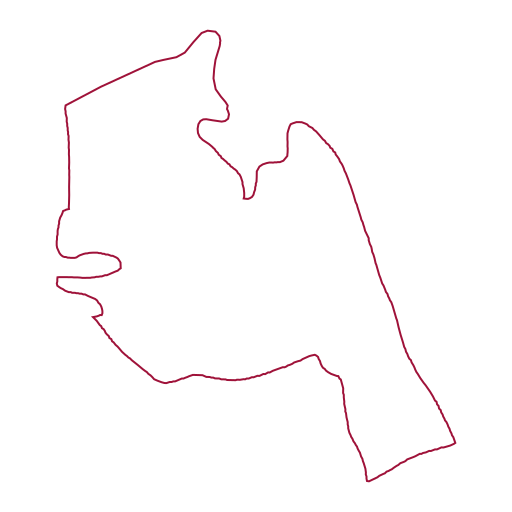 the district of Cidade De Xai-Xai, Gaza, Mozambique
{"feature_id": "85939544B37239521731461", "entity_name": "Cidade De Xai-Xai", "entity_type": "district", "adm_level": 2, "iso_a3": "MOZ", "parent_name": "Mozambique", "parent_adm1": "Gaza", "projection": "equal_earth", "projection_center": [33.662, -25.05], "detail": "fine", "context": "isolated", "style": "outline", "palette": "rose", "viewbox_px": 512, "rotation_deg": 0, "n_neighbors": 0, "source": "geoboundaries", "source_scale": "gbopen_adm2", "svg_char_len": 6000}
<svg xmlns="http://www.w3.org/2000/svg" viewBox="0 0 512 512"><path d="M155.0,61.9L101.0,86.7L65.6,105.4L65.1,109.0L65.6,111.3L65.6,113.6L66.8,118.0L66.7,121.7L67.2,123.7L67.2,126.0L67.7,127.9L67.7,130.4L68.1,132.1L68.0,134.1L68.6,136.0L68.5,139.8L68.9,142.5L68.7,147.7L69.0,149.9L68.9,154.2L69.1,156.9L69.2,162.5L69.0,168.4L69.3,170.4L69.2,174.8L69.3,177.1L69.1,186.9L69.2,195.1L69.0,203.4L68.8,207.2L69.0,209.0L66.3,209.6L65.0,210.3L63.1,211.0L62.5,212.9L61.5,215.3L60.2,217.6L59.1,221.3L59.1,223.6L58.5,225.7L58.5,227.4L57.9,229.0L57.6,230.9L57.6,234.5L57.0,236.6L57.0,239.4L56.7,241.3L56.7,245.3L57.1,247.8L59.4,252.9L60.7,254.7L62.6,256.3L64.4,257.0L65.9,257.0L67.9,257.7L69.5,257.7L70.9,257.9L74.6,257.9L76.5,257.4L78.5,256.0L79.8,255.3L83.7,253.9L85.9,253.4L87.2,253.4L89.2,252.9L92.5,252.7L97.5,252.7L98.9,253.1L100.8,253.1L102.5,253.8L104.1,253.8L105.7,254.5L107.8,254.5L111.2,255.8L112.7,255.8L116.5,257.6L117.9,258.6L119.3,260.6L120.5,262.5L120.7,268.3L119.3,269.2L117.7,270.7L115.7,271.4L106.9,275.2L105.1,275.2L101.8,276.4L100.3,276.4L98.3,276.8L96.2,276.8L94.6,277.3L91.7,277.5L90.3,277.8L86.7,277.8L85.2,277.9L82.5,277.9L80.5,277.6L77.5,277.4L73.9,277.4L71.9,277.2L59.4,277.1L57.5,277.3L57.3,279.1L57.3,281.5L56.8,283.4L57.3,285.7L59.5,287.3L60.9,288.2L62.9,289.1L65.1,290.7L68.7,292.1L70.7,292.1L72.1,292.8L75.0,292.8L76.4,293.2L78.1,293.2L79.7,293.7L81.6,293.7L83.3,294.4L85.0,294.4L88.1,296.0L95.2,299.0L97.1,300.5L98.4,302.8L100.1,304.3L101.3,306.6L102.0,308.9L102.4,311.0L102.4,313.3L101.7,315.1L100.1,315.0L98.8,315.7L96.8,316.4L93.0,317.1L96.7,320.8L99.8,325.1L101.2,326.1L102.0,328.2L103.6,329.1L104.8,330.9L105.5,332.7L106.8,334.3L108.8,336.1L109.4,338.0L111.3,339.1L112.1,341.3L113.7,342.4L115.6,344.9L117.5,346.5L119.0,348.2L122.0,351.8L125.5,355.0L126.8,355.9L128.5,357.6L129.9,358.3L131.9,360.3L137.8,365.0L142.8,369.2L145.2,371.0L146.9,372.1L148.3,373.8L150.6,375.4L152.4,377.2L154.1,379.2L157.5,380.7L161.5,382.2L164.4,383.0L166.4,383.1L169.7,382.0L171.6,382.0L173.3,381.4L175.1,381.4L181.9,378.5L183.6,378.5L185.4,377.7L187.4,377.0L189.1,376.2L192.9,374.9L202.5,375.2L206.3,376.9L209.7,377.0L211.4,377.6L213.2,377.6L215.0,378.4L219.2,378.5L221.2,379.3L225.5,379.4L227.1,380.0L235.6,380.2L237.0,379.7L240.0,379.8L243.5,379.2L245.2,379.3L246.7,378.5L248.8,378.5L251.9,377.2L253.6,377.3L257.4,375.8L259.5,375.9L263.3,374.0L265.2,374.1L268.1,372.4L269.7,372.5L272.8,370.8L282.8,367.2L284.6,367.3L286.4,366.5L287.7,365.5L290.0,364.8L292.3,363.8L294.1,362.5L298.0,361.2L300.5,360.6L302.6,359.1L309.3,356.1L311.5,355.5L314.8,354.8L316.4,355.6L318.1,357.0L318.6,358.8L320.0,361.1L320.6,363.4L321.7,365.8L322.9,367.7L324.8,369.0L326.0,370.6L328.0,372.1L331.1,373.9L336.9,376.0L338.3,376.1L339.5,378.6L340.8,379.5L343.2,388.3L343.1,393.0L343.8,394.8L343.8,397.4L344.3,401.7L344.2,403.9L345.4,409.2L345.3,411.5L346.0,413.1L346.5,417.3L347.1,419.8L347.7,422.1L347.7,424.4L348.2,426.3L348.2,428.3L349.4,432.8L350.6,435.2L351.2,436.9L352.4,438.7L353.5,441.4L354.9,443.2L355.8,445.0L357.0,446.6L357.6,448.5L358.8,450.8L359.9,452.6L361.1,456.5L362.4,458.8L362.9,461.1L363.7,463.1L365.4,468.7L365.9,472.4L365.8,474.4L366.5,476.5L366.5,478.6L367.0,481.0L369.0,481.3L377.4,477.3L379.3,475.8L383.1,474.0L384.9,473.3L386.6,471.6L388.5,471.0L390.2,470.0L391.8,469.3L393.7,467.8L396.7,465.8L398.3,465.0L400.3,463.2L403.8,461.9L405.4,461.1L407.2,459.4L413.3,457.1L415.4,456.2L419.8,453.8L421.4,453.9L423.0,453.0L425.9,452.4L429.2,450.9L430.9,451.0L435.0,449.4L437.0,449.4L441.4,447.4L443.5,447.5L450.1,445.6L454.0,443.8L455.3,442.9L453.3,437.1L452.0,435.3L451.5,433.5L450.1,430.8L449.5,428.7L448.3,426.6L447.6,424.5L446.4,422.0L445.0,420.4L444.4,418.6L443.2,416.5L442.6,414.5L441.2,412.4L440.7,410.1L439.1,408.6L438.5,405.8L437.1,404.4L436.5,401.7L435.0,400.6L433.0,396.5L430.1,391.7L425.5,385.1L423.7,382.9L420.3,378.1L417.7,373.8L416.4,372.0L415.2,369.5L414.5,367.6L413.4,365.3L411.6,362.4L410.9,360.1L409.3,358.7L408.0,356.0L407.4,354.1L406.0,351.7L405.4,349.1L404.2,346.9L403.0,342.5L400.6,334.8L398.6,327.3L397.0,320.2L396.3,318.5L392.7,306.1L391.3,302.2L389.9,300.2L389.3,298.5L388.1,296.3L387.5,294.0L385.9,291.9L385.2,289.7L383.5,285.5L382.2,283.5L380.3,277.7L379.2,275.0L376.3,264.8L375.6,263.2L374.5,258.2L373.4,254.5L372.2,251.9L371.7,248.8L371.2,246.7L369.9,244.2L368.7,240.2L368.7,238.2L365.1,230.8L364.1,226.9L363.4,224.9L362.7,222.3L361.3,219.6L360.8,217.5L357.4,206.8L356.9,204.7L355.6,202.1L353.6,195.0L350.4,185.3L349.5,183.3L348.2,179.4L345.9,173.4L344.5,170.7L343.8,168.4L342.6,165.6L341.7,163.9L339.9,161.4L339.1,159.1L337.3,156.5L335.7,154.5L335.2,152.5L333.4,151.4L332.3,148.8L330.3,147.7L329.6,145.9L328.0,144.2L326.2,143.1L324.9,140.8L323.0,139.4L319.4,135.1L316.1,131.4L313.9,129.8L312.4,128.0L308.8,126.2L307.3,124.5L305.4,123.6L301.7,122.2L296.5,122.1L292.6,123.4L290.7,124.2L289.5,126.5L288.2,130.6L287.5,133.3L287.4,139.4L287.6,142.0L287.5,146.4L287.7,148.3L287.6,152.4L287.4,154.3L287.3,156.0L283.4,160.7L280.0,162.1L277.9,162.1L276.3,162.4L274.7,162.3L273.3,162.6L269.5,162.5L266.6,163.1L262.7,164.4L259.4,166.6L256.8,171.3L256.7,177.6L256.5,181.8L255.8,183.5L255.8,185.4L255.2,187.2L255.1,189.6L254.1,192.2L253.5,194.7L252.0,196.9L249.9,198.2L248.0,198.9L246.2,198.8L243.7,198.5L244.2,196.5L244.2,193.0L243.7,188.3L242.5,184.1L242.5,182.1L240.8,176.9L239.5,174.4L238.1,173.3L236.8,171.0L235.0,169.4L233.7,168.6L232.2,167.2L230.6,166.3L229.4,164.3L227.8,163.6L226.5,161.9L224.5,160.3L223.0,158.9L221.5,158.0L220.8,156.2L218.7,154.7L217.9,152.9L215.9,151.1L214.6,149.0L212.7,147.4L212.6,147.1L208.9,144.0L202.7,139.9L199.7,136.9L198.0,133.1L197.6,128.8L198.4,124.2L200.4,121.0L203.2,119.4L206.2,119.2L212.7,120.3L221.7,121.6L225.1,121.0L228.1,118.7L229.0,114.3L227.9,110.8L227.0,109.0L227.7,105.5L225.4,101.9L220.9,96.6L215.7,89.3L213.5,78.4L214.2,68.8L215.5,59.8L219.7,46.0L220.1,43.4L220.0,42.6L220.4,40.7L219.4,36.0L215.5,31.7L207.6,30.7L201.6,33.0L193.5,42.0L184.8,52.6L176.4,57.2L163.5,59.9L155.0,61.9Z" fill="none" stroke="#9f1239" stroke-width="2"/></svg>